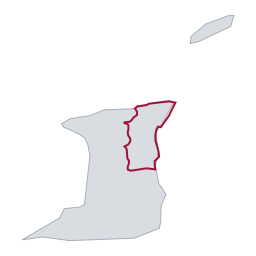 location of Sangre Grande within Trinidad and Tobago
{"feature_id": "TTO-54", "entity_name": "Sangre Grande", "entity_type": "Region", "adm_level": 1, "iso_a3": "TTO", "parent_name": "Trinidad and Tobago", "parent_adm1": "", "projection": "natural_earth1", "projection_center": [-61.154, 10.651], "detail": "fine", "context": "in_parent", "style": "outline", "palette": "rose", "viewbox_px": 256, "rotation_deg": 0, "n_neighbors": 0, "source": "natural_earth", "source_scale": "10m", "svg_char_len": 1319}
<svg xmlns="http://www.w3.org/2000/svg" viewBox="0 0 256 256"><path d="M159.3,228.2L134.4,238.2L69.6,240.6L42.7,237.0L22.1,239.8L59.7,217.9L64.1,208.7L80.0,207.0L84.5,204.2L89.9,155.9L87.8,144.4L84.6,138.0L78.2,133.5L63.7,127.2L61.3,123.9L70.4,118.6L89.9,115.6L104.4,109.8L134.5,108.7L149.1,103.5L173.8,102.1L161.7,124.2L156.0,132.5L158.2,152.5L155.4,166.0L158.7,183.2L166.0,194.4L161.2,205.5L160.6,222.2L159.3,228.2ZM198.5,41.6L190.2,43.4L191.2,36.3L205.8,24.0L228.2,15.7L233.9,15.4L230.7,26.4L198.5,41.6Z" fill="#d9dde1" stroke="#a8b0b8" stroke-width="1"/><path d="M134.8,108.5L137.4,106.3L146.4,105.1L149.1,103.7L169.0,101.2L175.4,102.6L168.9,115.8L160.8,127.2L158.0,126.6L156.2,130.1L155.3,135.4L155.5,140.5L158.5,151.4L159.1,156.7L154.7,161.1L154.8,166.1L155.3,169.4L146.6,168.3L130.9,170.7L127.9,169.7L127.7,168.9L127.6,167.4L128.9,163.3L128.9,160.5L127.7,159.1L127.3,157.6L126.8,150.1L126.2,148.2L124.5,146.5L128.4,144.4L129.1,143.2L130.0,141.8L130.3,140.5L130.3,139.3L130.0,138.2L128.8,136.4L128.2,135.2L127.7,132.2L128.4,129.5L128.4,126.4L128.3,124.9L127.5,124.0L126.8,123.7L125.9,123.6L125.1,123.3L124.4,123.0L124.7,122.3L129.1,121.8L130.5,121.3L131.3,120.5L133.8,117.3L134.8,116.5L136.1,115.7L137.1,114.8L137.1,113.2L136.9,111.6L135.5,109.1L134.8,108.5Z" fill="none" stroke="#9f1239" stroke-width="2"/></svg>